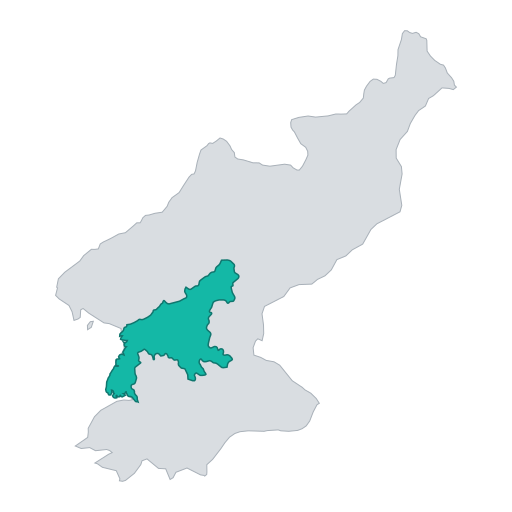 North Korea, with P'yŏngan-namdo highlighted
{"feature_id": "PRK-3313", "entity_name": "P'yŏngan-namdo", "entity_type": "Province", "adm_level": 1, "iso_a3": "PRK", "parent_name": "North Korea", "parent_adm1": "", "projection": "albers", "projection_center": [126.179, 39.498], "detail": "fine", "context": "in_parent", "style": "filled", "palette": "teal", "viewbox_px": 512, "rotation_deg": 0, "n_neighbors": 0, "source": "natural_earth", "source_scale": "10m", "svg_char_len": 9199}
<svg xmlns="http://www.w3.org/2000/svg" viewBox="0 0 512 512"><path d="M319.3,403.3L317.0,404.7L313.2,411.9L309.7,421.0L306.2,425.9L302.1,428.7L297.7,430.4L288.8,431.3L280.8,430.8L278.2,429.9L267.2,430.6L264.1,431.3L248.3,430.8L240.0,431.7L234.8,433.5L229.5,437.2L224.9,442.7L220.9,448.6L212.6,459.4L206.8,464.7L206.9,472.2L206.7,474.5L204.7,476.1L204.0,475.4L200.6,474.9L187.0,468.0L175.9,472.3L173.1,477.7L170.1,479.5L165.7,468.8L158.5,468.4L147.0,458.9L142.0,460.8L140.8,464.6L134.4,473.3L125.5,480.4L122.6,481.3L119.4,480.8L119.9,478.8L116.3,470.7L102.4,467.3L97.5,463.8L94.9,463.0L108.7,454.2L112.2,452.6L109.6,450.5L106.7,449.5L95.5,450.7L89.7,447.6L81.2,448.5L75.3,446.0L87.7,437.4L88.3,432.2L88.2,428.3L94.5,416.7L100.8,410.3L116.9,401.3L123.9,400.0L129.0,400.4L133.1,399.6L128.8,396.1L124.5,394.4L116.3,394.7L107.8,389.3L107.1,383.7L124.0,348.7L124.2,345.5L121.7,336.9L121.0,328.5L109.2,323.6L104.0,322.9L89.0,313.3L83.1,308.5L80.7,309.8L80.2,317.4L78.0,319.0L74.0,320.4L72.1,311.8L69.0,305.5L59.1,298.9L55.6,295.4L57.5,287.9L56.7,287.2L58.4,278.8L64.7,272.3L79.8,261.0L83.7,255.6L91.4,249.3L94.8,249.4L98.3,248.9L99.4,246.2L100.2,244.0L103.3,242.0L110.6,238.5L118.8,234.0L125.4,232.7L133.5,225.8L136.8,222.8L140.1,222.8L141.0,221.4L142.9,217.7L145.5,215.4L149.1,215.0L154.9,213.3L162.2,212.2L167.1,206.4L168.8,202.2L172.1,197.6L179.1,192.6L183.8,185.1L189.1,177.0L191.6,174.4L194.1,173.9L195.5,170.9L197.2,162.3L199.6,153.9L201.0,150.0L207.0,145.7L208.6,143.6L209.9,142.9L212.7,143.4L216.5,140.9L220.0,138.0L223.2,139.0L226.6,141.3L230.0,145.9L231.6,149.5L234.3,152.6L234.9,157.0L237.7,159.0L243.4,159.9L252.9,162.8L259.1,162.9L262.6,165.1L269.9,166.2L284.6,164.2L290.6,165.1L293.1,167.8L296.9,170.0L299.3,170.1L302.5,166.2L305.8,159.9L307.9,155.1L307.7,151.3L305.7,147.3L300.8,143.7L297.5,137.9L294.4,131.9L292.6,130.0L291.0,127.1L290.7,122.6L291.7,119.6L298.8,117.4L308.1,116.0L315.6,117.1L328.1,115.9L335.8,114.0L341.5,114.1L346.7,113.9L349.0,111.2L356.1,104.8L359.6,102.5L363.3,98.1L363.8,93.7L364.4,90.1L366.5,86.2L370.1,81.4L373.3,79.1L376.9,79.3L380.8,81.3L383.3,83.4L386.1,82.6L388.2,78.9L389.7,78.1L394.0,77.6L395.3,75.3L396.5,64.3L397.9,55.7L398.0,49.7L401.4,39.6L402.4,33.6L404.6,30.7L407.3,30.8L409.6,32.5L412.4,33.4L416.1,32.3L418.8,33.7L420.6,36.8L426.2,38.8L426.8,40.4L427.1,51.1L430.4,56.0L434.7,60.4L440.4,64.3L443.5,65.1L445.4,68.0L447.3,73.0L451.6,77.8L453.8,81.3L454.4,85.1L456.4,87.1L453.3,89.6L449.0,88.4L442.0,87.9L433.4,95.7L428.6,98.5L425.4,106.0L418.6,110.6L415.0,115.4L410.3,123.5L407.4,131.4L400.1,139.5L396.1,149.6L396.2,158.1L401.4,166.6L402.1,174.0L399.3,189.3L401.8,205.4L400.0,211.8L376.9,223.8L370.9,229.5L362.7,244.1L352.3,249.8L345.9,255.9L336.9,259.6L331.3,269.9L325.0,275.8L317.5,279.4L311.8,284.1L299.0,284.6L290.1,287.9L283.8,296.5L264.5,306.4L262.0,313.8L263.5,325.0L263.7,333.6L262.1,340.7L257.8,338.8L255.5,341.1L253.1,347.7L253.9,355.1L260.7,357.4L266.2,360.4L274.0,361.8L279.7,365.2L292.2,380.7L302.3,387.4L305.0,389.9L310.8,393.2L316.2,398.5L319.3,403.3ZM91.3,327.3L87.6,329.7L87.4,325.4L90.3,321.7L93.3,321.3L91.3,327.3Z" fill="#d9dde1" stroke="#a8b0b8" stroke-width="1"/><path d="M138.1,402.0L137.4,401.7L136.1,401.7L135.4,401.3L132.4,397.5L131.3,396.7L130.5,396.5L128.9,396.5L128.1,396.1L127.7,395.5L126.1,392.4L126.1,391.9L125.5,392.0L125.1,393.1L124.6,393.7L123.7,393.7L124.3,394.1L124.8,394.7L125.2,395.3L124.2,395.9L122.2,396.9L121.2,396.6L120.5,395.4L120.1,395.4L119.7,396.6L119.0,396.9L117.3,396.6L117.0,395.8L116.8,395.4L116.4,395.4L116.1,395.9L116.2,396.4L116.9,397.2L116.9,397.7L115.9,398.0L114.8,398.0L113.8,397.6L113.0,396.8L112.6,395.9L112.8,395.2L114.2,393.6L113.3,393.0L113.6,392.2L113.3,391.2L112.5,390.4L111.5,390.1L111.8,392.2L110.8,394.9L109.0,395.0L108.2,393.9L107.9,392.9L106.9,392.4L106.2,391.7L105.7,389.5L106.1,388.0L106.4,386.6L106.7,382.0L107.5,380.0L108.2,378.0L109.3,376.4L110.0,375.0L109.9,374.1L110.8,372.8L112.2,370.4L113.5,368.7L114.0,367.3L114.7,366.1L117.7,366.3L118.9,365.9L115.6,365.4L116.0,364.1L116.0,363.6L115.8,363.1L115.9,362.5L115.8,361.8L116.0,361.2L116.2,360.8L116.3,360.5L115.9,360.1L116.5,359.3L117.2,359.0L118.8,359.0L119.6,358.7L119.3,358.1L118.8,357.4L118.6,356.6L119.6,355.0L121.0,354.3L122.6,354.4L124.0,355.0L123.6,353.7L123.0,353.0L122.9,352.2L125.4,347.6L126.3,346.8L125.3,346.6L124.4,346.0L124.1,344.8L124.6,343.4L124.3,343.1L123.7,342.2L124.6,342.6L125.0,342.9L126.4,342.0L126.9,341.4L127.3,340.5L125.9,340.5L121.9,339.8L120.6,339.3L120.8,338.1L122.4,335.8L121.7,335.7L121.0,335.8L119.7,336.3L119.9,334.1L120.9,332.9L122.1,331.9L123.3,330.6L123.7,329.6L123.9,328.4L124.4,327.5L126.3,326.8L126.8,325.9L126.9,324.7L130.3,324.2L134.1,322.6L137.5,320.7L138.8,319.6L139.3,319.4L139.8,319.3L141.2,319.6L142.3,319.6L143.5,319.3L147.5,317.3L150.6,315.2L152.7,312.3L153.1,311.8L153.3,310.5L153.7,310.1L155.8,309.7L156.4,309.4L158.0,307.7L159.3,306.6L159.8,305.9L160.6,304.6L161.3,303.8L162.2,303.3L162.7,302.9L163.0,301.6L163.3,301.1L163.7,300.6L164.1,300.6L164.4,300.8L166.0,302.5L167.3,303.5L168.2,303.8L169.2,303.9L179.5,301.2L184.1,298.7L185.6,298.1L186.2,297.7L186.6,297.2L186.7,296.7L186.7,295.7L186.6,295.2L186.4,294.7L185.0,292.3L184.7,291.4L184.8,290.3L185.1,288.8L186.0,287.2L188.9,289.2L189.3,289.3L190.3,289.4L191.1,289.1L194.9,286.4L195.7,286.0L197.6,285.9L198.1,285.6L198.5,285.2L198.9,284.4L199.3,282.1L199.6,281.1L200.9,279.9L205.0,276.9L206.1,276.4L207.6,276.1L208.1,275.7L208.6,275.2L210.0,273.4L210.9,272.7L211.9,272.2L213.9,271.9L214.4,271.6L214.9,271.1L215.3,269.9L215.8,268.0L216.6,266.9L219.0,264.9L220.0,263.6L221.5,260.2L227.4,260.0L228.3,260.2L229.5,260.5L230.3,260.9L230.9,261.3L234.0,264.3L234.3,264.8L234.5,265.7L234.4,266.6L234.0,267.5L233.9,268.2L234.2,270.5L234.4,271.8L234.8,272.6L235.5,273.1L237.9,274.6L238.5,275.3L238.8,275.9L238.9,276.4L238.7,277.3L238.5,277.8L237.9,278.6L233.2,282.5L232.9,282.9L232.8,283.4L232.8,284.0L233.0,285.4L232.8,285.9L231.5,286.4L231.2,286.8L231.2,287.7L231.4,288.8L232.2,292.1L232.5,292.9L234.5,296.4L234.8,297.2L234.9,298.1L234.6,299.1L234.0,300.3L233.7,300.8L233.4,301.1L232.9,301.3L230.4,301.5L229.9,301.7L229.5,301.9L228.9,302.7L228.1,303.2L227.5,303.1L227.2,302.8L226.3,301.4L225.6,300.6L224.4,300.1L223.4,299.9L219.2,299.9L215.6,300.8L214.3,301.5L213.4,302.1L213.1,302.7L212.8,303.4L211.7,307.0L211.5,307.5L210.4,309.1L209.5,310.8L209.4,311.5L209.6,312.0L210.0,312.3L211.3,312.6L211.5,312.8L211.7,313.4L211.6,313.8L211.4,314.2L208.9,316.9L208.5,317.8L208.4,318.4L208.4,319.0L209.1,320.9L209.1,322.5L208.9,323.1L208.6,323.6L207.7,324.5L207.2,325.3L206.6,326.9L206.5,327.7L206.5,328.4L206.9,329.3L207.6,330.2L210.1,332.4L210.5,333.0L210.8,333.9L210.8,334.5L210.7,335.0L209.7,337.6L208.4,343.2L208.2,344.6L208.2,345.6L208.4,346.1L209.0,347.0L209.9,347.7L210.8,348.0L211.6,347.8L214.2,346.6L214.7,346.5L215.6,346.6L216.1,346.7L216.6,347.0L217.2,347.7L218.0,349.9L218.2,350.3L218.6,350.3L219.0,350.0L219.7,349.3L220.1,349.0L221.1,348.8L222.1,349.0L222.5,349.2L222.9,349.6L223.2,350.2L223.5,351.1L223.5,351.7L223.5,352.3L223.0,354.0L223.1,354.4L223.4,354.8L224.4,355.2L224.9,355.2L226.7,354.8L227.7,354.8L228.3,355.0L229.7,355.7L231.9,358.2L232.1,358.7L232.3,359.4L232.1,359.8L231.7,360.2L229.0,361.7L227.7,363.6L227.0,367.2L223.3,367.7L221.9,367.5L221.0,366.9L217.6,364.1L216.6,363.5L215.7,363.1L213.6,362.8L213.1,362.6L211.7,361.5L210.4,360.8L209.4,360.7L206.3,361.6L205.3,361.7L204.2,361.7L203.7,361.6L202.8,361.0L202.4,360.7L201.4,359.3L200.9,359.0L200.4,359.1L199.8,359.7L199.3,360.8L199.2,361.5L199.1,362.1L199.3,363.1L199.5,363.5L200.4,364.8L201.0,366.2L201.5,367.1L203.0,368.6L203.3,369.0L204.1,371.2L204.9,372.5L205.4,373.1L205.7,373.6L205.9,374.4L205.4,374.8L204.5,375.1L202.1,375.4L200.9,375.4L200.1,375.3L196.8,373.2L196.4,373.0L195.9,373.1L195.3,373.5L194.6,374.5L194.4,375.2L194.5,375.7L194.9,376.5L195.2,377.4L195.4,378.1L195.4,379.0L195.3,379.6L195.2,379.9L194.5,380.7L192.6,380.7L188.0,379.1L187.8,375.7L187.7,374.7L185.2,369.4L184.9,368.9L184.2,368.6L181.4,368.1L181.0,367.8L179.4,366.2L178.6,365.2L178.4,364.4L178.3,363.6L178.5,362.8L178.4,361.8L178.1,360.7L177.6,359.9L176.6,359.8L174.7,360.1L174.1,360.0L171.6,357.7L169.4,357.9L168.6,357.6L168.3,357.3L168.0,356.1L167.1,354.4L166.5,353.7L165.6,353.5L165.1,353.7L164.6,354.6L164.1,355.1L163.4,355.5L160.8,356.0L158.9,353.9L158.4,353.6L158.0,353.5L157.3,353.4L155.8,353.8L155.1,354.5L154.7,355.0L154.3,355.8L154.1,357.0L154.4,358.6L154.3,359.3L154.1,359.6L153.5,359.6L153.4,359.5L153.2,359.1L153.0,357.9L152.4,356.1L151.8,355.0L151.3,354.6L149.4,354.1L148.7,353.8L148.3,353.2L147.4,351.6L145.4,349.8L144.4,349.2L143.8,349.4L143.1,350.0L141.1,351.3L138.4,352.2L137.8,352.8L137.7,353.1L137.7,353.9L138.3,355.2L138.9,357.0L139.0,357.6L139.0,358.4L138.6,360.4L138.6,360.7L138.8,361.0L140.5,362.3L140.7,362.5L140.7,362.8L140.3,363.2L135.2,367.2L134.8,367.9L134.7,368.5L135.0,373.2L135.3,374.5L135.7,375.2L136.1,376.0L136.5,377.4L136.5,378.3L135.4,382.1L134.8,383.4L134.1,383.9L132.0,384.6L131.7,384.8L131.2,385.5L131.1,386.1L131.1,386.7L131.4,388.1L131.7,388.6L132.2,389.0L133.0,389.4L134.0,390.1L134.5,391.7L134.4,392.8L134.9,394.0L135.6,394.9L136.8,396.2L137.0,396.7L137.2,397.3L137.3,399.5L138.1,402.0Z" fill="#14b8a6" stroke="#0f766e" stroke-width="1.5"/></svg>